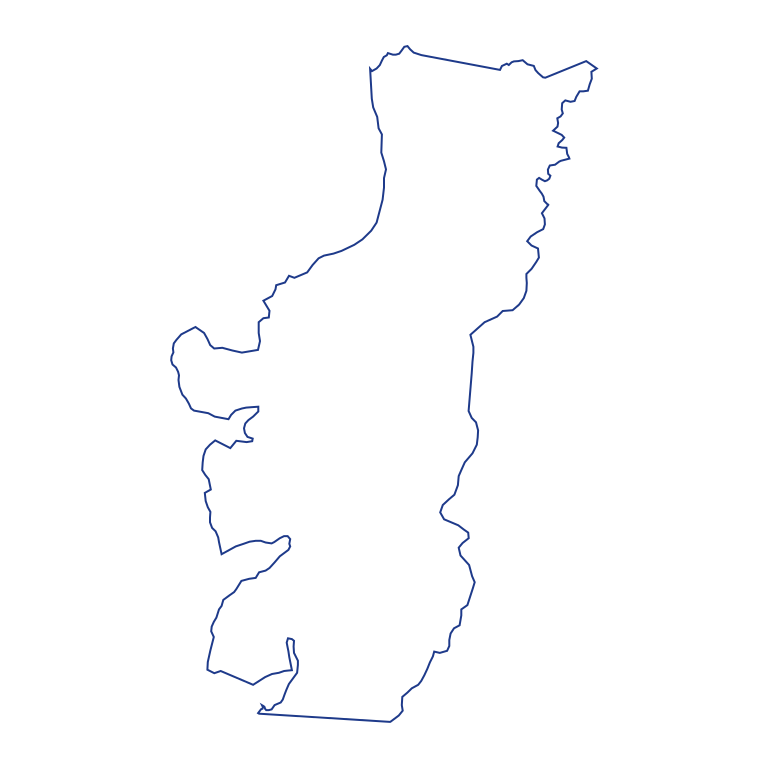 Larut dan Matang, Perak, Malaysia (Albers equal-area conic projection)
{"feature_id": "92858781B7339413338476", "entity_name": "Larut dan Matang", "entity_type": "district", "adm_level": 2, "iso_a3": "MYS", "parent_name": "Malaysia", "parent_adm1": "Perak", "projection": "albers", "projection_center": [100.721, 4.813], "detail": "fine", "context": "isolated", "style": "outline", "palette": "blue", "viewbox_px": 768, "rotation_deg": 0, "n_neighbors": 0, "source": "geoboundaries", "source_scale": "gbopen_adm2", "svg_char_len": 4214}
<svg xmlns="http://www.w3.org/2000/svg" viewBox="0 0 768 768"><path d="M390.2,721.9L389.9,721.9L390.4,721.8L398.8,715.5L402.7,710.7L401.8,705.1L402.3,696.9L407.4,692.6L411.8,688.3L418.2,684.8L421.2,681.0L424.3,675.3L427.3,668.9L429.9,662.4L432.9,656.4L434.2,651.6L439.8,652.9L447.1,650.8L449.3,646.0L449.3,640.0L450.6,633.5L454.0,628.3L459.6,625.3L461.3,615.4L461.3,609.4L467.4,605.1L469.5,598.6L473.0,587.8L474.7,582.2L472.1,576.2L469.1,565.0L460.5,555.5L458.7,547.7L462.6,543.0L468.7,538.2L468.2,532.6L463.9,529.6L458.3,525.3L453.1,523.1L444.1,519.3L440.2,512.4L442.8,505.0L449.3,499.0L454.4,494.7L457.9,485.2L458.7,476.1L461.3,470.1L464.8,462.3L472.5,453.3L476.8,444.7L477.7,437.3L478.1,430.4L476.0,422.3L471.7,417.9L468.6,411.0L471.7,373.5L472.5,361.5L473.4,352.9L473.4,346.8L470.4,334.8L484.6,322.2L497.1,316.6L502.7,311.0L512.6,310.2L519.1,304.6L523.8,298.1L526.4,290.8L526.8,283.0L526.4,277.8L526.4,274.0L531.6,268.8L536.3,261.9L538.9,257.6L538.0,248.5L531.5,245.5L527.2,241.2L530.7,236.5L537.1,232.2L543.2,229.1L544.9,224.4L544.5,218.4L541.9,213.2L548.8,204.2L547.9,204.7L544.3,201.1L543.5,196.7L541.8,193.6L539.9,191.1L536.3,185.9L536.9,179.6L539.1,177.9L541.8,179.6L544.9,181.2L547.1,180.4L549.3,178.7L550.4,175.7L548.2,173.8L547.9,169.6L549.8,165.5L555.1,164.7L559.2,161.6L560.9,160.8L569.4,158.6L568.9,157.2L567.2,153.9L566.4,147.8L562.0,147.6L557.6,146.5L558.7,143.2L562.2,140.1L564.2,137.6L561.7,134.9L561.1,134.6L553.1,130.7L557.5,126.6L558.1,123.0L557.3,118.3L560.6,116.4L562.8,113.4L561.7,109.5L562.2,103.2L565.3,100.4L570.5,101.8L574.6,101.0L576.3,96.8L579.6,91.3L583.5,91.3L587.9,90.7L589.7,84.3L591.8,78.7L591.4,71.8L596.8,68.5L586.2,61.1L545.3,77.7L543.0,77.3L538.3,73.2L535.5,70.1L533.8,65.9L527.5,64.3L522.7,60.2L518.3,61.1L513.9,61.4L511.6,62.3L508.8,65.0L506.8,63.7L501.9,66.0L500.0,69.9L421.4,55.1L413.7,52.6L410.1,49.3L407.5,46.1L404.3,46.8L401.5,50.7L399.2,53.7L395.7,54.7L393.0,54.7L387.9,53.1L386.8,55.3L383.8,57.0L381.9,60.6L379.8,65.1L376.6,68.5L372.0,71.1L370.1,68.8L371.8,98.7L373.2,107.4L377.2,116.9L378.6,128.3L381.9,134.4L381.3,152.6L384.0,161.3L386.0,169.4L384.0,178.1L384.0,187.6L382.6,199.7L376.6,222.6L371.2,230.7L362.4,239.4L354.3,244.8L341.5,250.9L333.5,253.6L324.0,255.6L318.6,258.3L312.6,265.0L307.2,272.4L294.4,277.8L289.0,275.8L285.0,282.5L276.2,285.2L275.5,289.3L272.2,296.0L263.4,300.7L269.5,310.8L268.8,317.5L263.4,318.2L258.7,322.2L258.7,333.0L260.0,341.1L258.0,349.9L241.9,352.6L232.4,350.5L222.3,347.8L214.2,348.5L210.2,345.1L207.5,339.1L204.1,333.0L195.4,327.0L181.2,334.4L176.4,339.9L173.8,343.4L172.9,348.5L173.4,352.4L171.6,356.3L171.2,360.2L172.5,364.5L176.0,367.5L178.1,371.8L179.0,375.3L178.5,380.0L179.4,386.9L182.4,394.7L185.9,398.5L188.9,403.7L191.0,408.4L194.0,410.6L208.3,413.2L214.7,416.6L228.5,419.2L231.1,414.9L235.4,410.6L241.9,408.5L246.2,407.6L251.4,407.2L258.3,406.7L258.3,411.5L253.1,416.6L248.4,420.1L245.3,423.5L244.0,428.3L244.9,433.0L247.5,436.9L252.7,438.6L252.2,441.2L246.6,442.1L236.3,440.8L230.3,448.1L215.2,440.4L210.0,444.7L205.7,449.4L203.5,455.9L202.7,462.3L202.2,470.1L205.2,474.8L208.7,479.2L210.8,489.5L204.8,492.9L205.7,501.1L207.8,507.2L210.4,511.9L210.0,517.5L210.0,522.3L212.1,527.9L215.6,531.3L218.2,537.4L219.0,542.1L221.6,554.2L235.8,546.4L243.6,543.8L249.6,541.7L255.7,540.8L260.8,540.8L265.6,542.5L271.6,543.4L274.2,542.1L279.8,538.2L284.1,536.1L287.6,536.1L290.2,539.1L289.3,543.8L290.2,546.4L288.4,549.9L279.8,556.3L274.6,562.4L269.5,568.0L265.6,570.6L259.1,572.3L255.7,577.9L249.2,578.8L241.4,580.9L236.3,589.1L234.1,592.1L229.8,595.1L223.3,599.9L221.6,605.9L219.0,609.4L216.4,617.6L213.8,621.9L211.7,626.6L211.2,631.3L213.8,637.0L210.4,650.3L207.8,662.0L207.4,669.7L214.3,673.2L220.7,671.0L253.1,684.8L265.1,677.1L272.0,674.0L278.9,672.8L284.1,671.0L287.6,670.6L291.9,670.2L289.3,657.2L288.4,651.2L287.6,647.3L286.7,642.6L288.0,638.3L291.9,639.1L294.0,640.8L293.6,646.5L294.0,652.9L297.9,660.7L297.9,665.0L297.1,672.8L288.9,684.0L286.3,690.0L284.5,694.7L282.8,699.5L280.7,702.5L277.6,703.8L274.6,705.1L271.6,709.4L268.9,710.1L266.2,710.1L265.0,708.7L264.6,707.1L263.7,706.2L262.0,705.2L262.9,707.1L262.5,708.7L261.1,709.2L258.1,713.1L259.1,713.7L390.2,721.9Z" fill="none" stroke="#1e3a8a" stroke-width="2"/></svg>